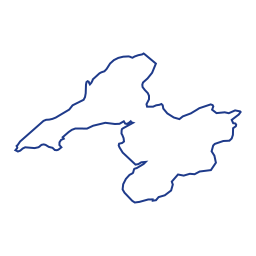 the border of Gwynedd
{"feature_id": "GBR-2130", "entity_name": "Gwynedd", "entity_type": "Unitary Authority (wales)", "adm_level": 1, "iso_a3": "GBR", "parent_name": "United Kingdom", "parent_adm1": "", "projection": "equal_earth", "projection_center": [-4.085, 52.896], "detail": "fine", "context": "isolated", "style": "outline", "palette": "blue", "viewbox_px": 256, "rotation_deg": 0, "n_neighbors": 0, "source": "natural_earth", "source_scale": "10m", "svg_char_len": 2240}
<svg xmlns="http://www.w3.org/2000/svg" viewBox="0 0 256 256"><path d="M152.7,200.7L152.7,199.4L148.1,199.5L139.4,201.9L134.8,202.5L132.2,200.8L124.5,192.7L122.6,189.4L123.2,184.2L125.9,178.9L129.5,174.9L132.5,173.3L133.1,172.7L133.9,169.8L134.2,169.0L134.9,168.6L136.7,168.1L143.6,164.0L145.7,161.9L141.3,162.3L138.4,164.1L135.5,164.6L122.7,152.6L119.5,147.4L118.7,145.4L119.1,143.7L122.1,143.0L124.0,141.5L123.6,138.2L122.3,135.0L121.5,133.6L121.6,130.6L121.9,129.2L123.0,128.3L133.0,122.8L131.7,122.4L131.2,122.1L130.7,121.3L128.8,122.9L126.8,123.9L125.2,123.6L123.8,121.3L119.5,123.8L114.9,124.0L105.3,122.8L93.2,125.7L90.4,127.0L87.0,128.6L75.4,128.5L71.9,129.8L68.7,132.0L62.7,137.2L63.3,137.8L63.8,138.7L61.1,139.9L59.5,142.3L59.4,145.0L61.4,147.3L59.3,149.0L58.1,149.8L56.8,150.2L54.8,150.0L52.5,147.8L48.8,146.9L45.6,144.9L43.7,144.4L41.7,144.8L40.5,145.6L39.5,146.6L38.3,147.3L34.6,148.1L25.2,147.3L22.7,148.5L20.3,150.6L17.9,151.5L15.4,150.2L17.1,148.2L17.3,147.3L16.6,146.0L17.7,145.0L20.1,141.5L43.5,120.9L46.1,119.8L49.3,119.6L52.4,118.9L55.7,117.6L69.2,109.6L72.6,105.3L83.6,99.8L85.0,97.1L85.7,93.3L86.0,84.5L86.5,82.1L87.6,81.2L88.7,81.7L89.2,83.1L89.9,84.4L91.3,82.8L92.6,80.3L92.8,79.4L99.5,73.3L101.4,72.3L104.4,71.3L106.6,69.0L110.1,63.5L113.9,60.1L118.3,57.9L123.2,56.7L128.5,56.4L129.9,56.7L131.2,57.3L132.5,57.7L134.6,56.5L138.3,55.2L142.2,54.4L143.6,53.5L144.6,54.2L155.9,63.6L152.1,72.8L147.5,78.5L143.0,82.5L142.3,84.7L142.6,87.1L144.9,90.1L147.8,93.1L149.0,95.8L149.0,99.3L147.3,102.6L146.5,104.2L147.1,106.7L149.1,106.7L153.0,106.7L156.2,105.3L159.4,104.8L161.4,104.0L162.7,105.3L163.3,108.6L167.3,113.4L173.8,117.5L179.4,119.1L182.8,116.4L190.8,113.4L197.1,109.6L199.3,108.2L210.7,104.4L212.6,105.1L213.3,106.4L212.1,109.7L216.5,113.1L224.7,112.3L228.8,113.2L234.2,110.8L235.1,110.4L240.1,111.4L240.6,112.0L238.8,114.5L231.7,119.9L233.2,123.2L235.4,123.5L236.2,124.8L235.8,126.3L233.1,128.2L232.9,134.9L231.7,138.5L229.4,140.7L223.3,141.0L214.8,143.9L213.2,145.5L211.6,151.3L214.4,155.7L215.9,162.7L210.9,170.1L199.7,171.5L194.6,174.2L189.8,173.8L183.7,175.6L178.0,174.5L171.8,181.6L172.8,184.6L171.1,190.5L164.8,195.3L158.6,197.1L156.0,200.2L152.7,200.7Z" fill="none" stroke="#1e3a8a" stroke-width="2"/></svg>